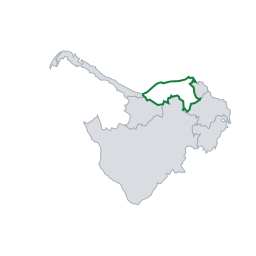 Peru and the surrounding countries, rotated 110°
{"feature_id": "PER", "entity_name": "Peru", "entity_type": "country or territory", "adm_level": 0, "iso_a3": "PER", "parent_name": "South America", "parent_adm1": "", "projection": "albers", "projection_center": [-73.974, -9.194], "detail": "coarse", "context": "with_neighbors", "style": "outline", "palette": "green", "viewbox_px": 256, "rotation_deg": 110, "n_neighbors": 6, "source": "natural_earth", "source_scale": "50m", "svg_char_len": 6472}
<svg xmlns="http://www.w3.org/2000/svg" viewBox="0 0 256 256"><g transform="rotate(110 128 128)"><path d="M94.7,216.5L94.7,221.1L99.1,221.2L98.2,222.0L95.9,222.6L88.4,221.4L82.4,219.1L78.8,216.8L88.2,219.4L89.5,218.5L90.4,217.1L92.8,216.2L94.7,216.5ZM93.3,123.2L94.7,125.3L95.1,127.4L96.6,128.7L95.6,131.6L97.1,135.0L98.2,139.1L100.2,138.7L100.6,139.4L99.5,142.5L96.4,143.9L96.4,148.7L95.8,149.7L96.7,150.8L94.6,152.6L92.8,155.2L91.7,157.8L92.0,160.6L90.2,163.4L91.4,168.3L92.2,168.8L92.1,171.3L90.5,173.9L90.6,176.2L88.5,177.9L88.5,180.4L89.3,182.9L87.6,183.9L86.2,188.8L86.7,191.9L85.6,192.4L86.2,195.3L87.4,196.2L86.5,197.2L87.7,197.7L88.0,198.6L86.8,199.1L87.1,200.5L86.1,203.6L84.7,205.6L85.0,206.8L84.2,208.2L82.1,209.2L82.3,211.5L83.3,212.3L85.0,212.2L85.0,213.8L86.1,215.1L94.9,215.8L92.5,215.7L88.9,217.0L88.4,218.9L87.3,218.9L84.4,218.3L78.1,215.6L77.2,214.3L78.0,213.0L76.6,211.5L76.3,207.7L77.4,205.5L80.2,203.7L76.2,203.1L78.7,201.0L79.6,197.0L82.6,197.8L84.0,192.7L82.2,192.0L81.4,195.2L79.7,194.8L81.4,186.5L82.7,184.8L81.9,182.2L81.7,179.2L82.8,179.1L86.5,170.5L87.7,166.4L87.1,162.2L87.9,159.8L87.6,156.3L89.3,152.9L91.8,134.6L91.0,125.5L92.5,124.7L93.3,123.2Z" fill="#d9dde1" stroke="#a8b0b8" stroke-width="1"/><path d="M137.6,171.7L136.9,170.1L138.2,168.9L136.7,166.9L131.9,163.3L130.8,163.3L128.1,161.0L126.3,161.2L133.5,154.9L137.9,152.4L138.1,150.1L136.8,148.3L135.4,148.8L136.5,145.4L136.6,143.8L135.6,143.2L134.5,143.6L133.5,143.5L133.1,139.6L132.6,138.7L130.7,137.8L129.5,138.3L126.5,137.6L126.9,133.6L126.1,131.9L127.0,131.3L126.8,129.6L127.7,128.3L128.3,126.0L127.7,124.1L126.1,123.2L125.9,122.0L126.4,120.3L120.8,119.9L119.8,116.3L120.7,116.3L120.1,112.4L118.4,111.4L116.6,111.4L113.4,109.8L112.3,108.6L109.0,108.0L105.9,105.2L106.2,99.7L102.3,100.2L98.1,102.5L97.5,103.4L93.8,103.1L92.1,103.6L90.7,103.3L91.0,98.7L88.5,100.4L85.9,100.3L84.8,98.7L82.8,98.5L83.5,97.2L81.8,95.4L80.6,92.6L81.4,92.1L81.4,90.8L83.2,89.9L82.9,88.3L83.7,87.2L83.9,85.8L87.3,83.7L90.2,82.7L92.9,82.9L94.5,73.3L94.0,71.6L92.7,70.5L92.7,68.3L94.4,67.8L95.0,68.1L95.2,67.0L93.4,66.7L93.3,64.8L99.3,64.9L100.3,63.9L101.7,66.7L102.3,66.3L104.0,67.9L106.3,67.8L107.0,66.9L110.5,65.8L110.9,64.5L113.1,63.7L113.0,63.1L110.4,62.8L110.2,58.9L108.8,58.1L109.4,57.9L114.1,59.1L115.0,58.4L120.7,57.1L121.9,56.0L121.5,55.1L123.1,55.1L123.8,55.8L123.4,57.0L124.4,57.5L125.1,58.9L124.2,59.9L123.6,62.5L124.5,65.4L126.3,66.9L127.8,67.1L128.1,66.5L130.5,65.9L131.6,65.2L135.6,65.8L135.8,63.7L138.5,63.8L141.5,65.2L142.5,64.5L143.2,64.6L143.6,65.5L145.0,65.4L146.3,64.3L149.3,59.6L150.4,59.5L152.4,66.5L154.0,67.1L154.0,69.2L151.5,71.5L152.4,72.4L157.7,73.3L157.6,76.3L160.1,74.5L168.7,78.1L170.0,80.0L169.4,81.6L173.0,81.0L178.7,83.1L183.2,83.4L187.4,86.3L190.9,90.0L193.1,91.1L195.6,91.5L196.6,92.6L197.5,98.4L195.8,103.3L189.5,108.9L187.3,112.1L184.8,114.5L184.1,114.5L183.1,116.7L182.7,122.3L181.0,128.8L179.9,129.9L179.1,133.8L175.8,137.5L175.0,140.5L172.6,141.5L171.8,143.2L168.7,143.0L164.1,143.7L162.0,144.9L158.8,145.5L155.3,147.5L152.7,150.3L152.1,152.4L152.5,154.0L151.0,158.2L148.9,159.7L145.5,164.4L141.0,167.7L139.5,170.2L137.6,171.7Z" fill="#d9dde1" stroke="#a8b0b8" stroke-width="1"/><path d="M93.8,103.1L97.5,103.4L98.1,102.5L102.3,100.2L106.2,99.7L105.9,105.2L109.0,108.0L112.3,108.6L113.4,109.8L116.6,111.4L118.4,111.4L120.1,112.4L120.7,116.3L119.8,116.3L120.8,119.9L126.4,120.3L125.9,122.0L126.1,123.2L127.7,124.1L128.3,126.0L127.7,128.3L126.8,129.6L127.0,131.3L126.1,131.9L126.1,131.0L123.5,129.3L120.8,129.2L115.7,129.9L114.3,132.5L114.1,134.1L112.9,137.6L112.5,136.9L109.2,136.7L108.0,139.1L106.4,136.9L102.7,136.1L100.2,138.7L98.2,139.1L97.1,135.0L95.6,131.6L96.6,128.7L95.1,127.4L94.7,125.3L93.3,123.2L95.2,120.0L94.0,117.4L94.7,116.4L94.2,115.3L95.3,113.8L95.6,109.1L96.2,108.1L93.8,103.1Z" fill="#d9dde1" stroke="#a8b0b8" stroke-width="1"/><path d="M102.3,66.3L101.7,66.7L100.3,63.9L99.3,64.9L93.3,64.8L93.4,66.7L95.2,67.0L95.0,68.1L94.4,67.8L92.7,68.3L92.7,70.5L94.0,71.6L94.5,73.3L92.9,82.9L91.4,81.3L90.5,81.2L92.5,78.1L90.2,76.7L88.4,76.9L87.3,76.4L85.6,77.2L83.4,76.8L81.6,73.7L77.2,70.0L76.4,70.3L73.6,68.6L72.7,69.1L70.1,68.7L69.4,67.4L65.7,65.8L65.3,64.9L66.4,64.7L66.3,63.2L67.0,62.1L68.5,61.9L70.9,58.4L69.8,57.7L70.3,56.0L69.6,53.3L70.3,52.5L69.8,50.0L68.5,48.5L68.9,47.1L69.9,47.3L70.5,46.4L69.7,44.7L70.1,44.3L71.7,44.3L74.0,42.3L75.3,42.0L75.9,38.6L77.7,37.3L79.7,37.2L79.9,36.6L82.4,36.9L86.1,34.8L87.6,33.4L88.7,33.6L89.5,34.4L88.9,35.3L86.9,35.8L86.1,37.2L84.0,39.1L82.7,42.8L84.3,43.0L85.4,45.0L85.4,47.9L86.1,48.1L86.9,49.1L90.9,48.9L92.7,49.3L94.8,51.8L100.1,51.4L101.2,51.9L99.9,54.5L99.6,56.6L101.1,60.1L99.5,61.6L101.4,63.3L102.3,66.3Z" fill="#d9dde1" stroke="#a8b0b8" stroke-width="1"/><path d="M119.5,52.8L121.9,56.0L120.7,57.1L115.0,58.4L114.1,59.1L109.4,57.9L108.8,58.1L110.2,58.9L110.4,62.8L113.0,63.1L113.1,63.7L110.9,64.5L110.5,65.8L107.0,66.9L106.3,67.8L104.0,67.9L102.3,66.3L101.4,63.3L99.5,61.6L101.1,60.1L99.6,56.6L99.9,54.5L101.2,51.9L100.1,51.4L94.8,51.8L92.7,49.3L90.9,48.9L86.9,49.1L86.1,48.1L85.4,47.9L85.4,45.0L84.3,43.0L82.7,42.8L84.0,39.1L86.1,37.2L86.9,35.8L88.9,35.3L88.8,36.0L87.0,36.3L88.0,37.6L88.0,39.1L86.6,40.8L87.7,43.1L89.1,42.9L89.8,40.8L88.8,39.8L88.7,37.6L92.6,36.5L92.2,35.1L93.3,34.3L94.4,36.3L96.6,36.4L98.6,38.0L98.7,38.9L104.9,38.8L106.7,40.1L109.0,40.5L110.8,39.7L110.9,38.9L118.5,39.0L115.8,39.7L116.9,41.1L119.3,41.4L121.7,42.9L122.1,45.2L123.7,45.2L124.9,46.0L122.4,47.6L122.0,48.6L123.1,49.8L120.4,50.7L120.4,52.0L119.5,52.8Z" fill="#d9dde1" stroke="#a8b0b8" stroke-width="1"/><path d="M76.4,70.3L76.8,72.6L75.9,74.6L72.6,77.7L69.0,79.0L67.1,81.6L66.6,83.7L64.9,84.9L63.6,83.4L61.2,83.4L61.1,82.3L61.9,81.5L61.5,80.3L63.1,78.0L62.4,76.7L61.3,78.1L59.5,76.8L60.1,76.0L59.5,73.2L60.5,72.8L62.2,68.9L62.0,67.7L65.7,65.8L69.4,67.4L70.1,68.7L72.7,69.1L73.6,68.6L76.4,70.3Z" fill="#d9dde1" stroke="#a8b0b8" stroke-width="1"/><path d="M92.7,82.7L90.2,82.5L83.9,85.3L83.1,89.4L81.3,90.7L80.5,92.7L83.6,97.1L82.9,98.4L85.4,98.7L85.9,100.2L88.7,100.1L90.8,98.5L90.5,103.3L93.6,103.1L96.2,107.9L93.9,117.4L95.6,119.5L93.2,122.1L92.3,125.1L90.9,125.5L87.7,122.3L77.3,116.6L74.9,114.2L73.6,111.9L74.0,110.4L69.8,104.1L66.4,96.0L62.6,90.5L59.2,88.4L59.9,87.1L58.5,84.2L61.5,80.2L61.9,81.7L61.0,82.1L61.1,83.4L63.6,83.4L65.4,85.0L67.4,80.2L72.4,77.6L75.8,74.5L76.7,71.6L75.6,70.2L76.8,70.0L81.6,73.6L83.8,77.1L89.7,76.5L92.4,77.9L90.4,81.3L92.7,82.7Z" fill="none" stroke="#15803d" stroke-width="2"/></g></svg>